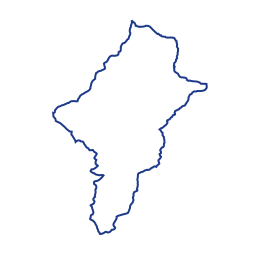 Lingzhi, Thimphu, Bhutan (orthographic projection), rotated 4°
{"feature_id": "84629894B27287561268619", "entity_name": "Lingzhi", "entity_type": "district", "adm_level": 2, "iso_a3": "BTN", "parent_name": "Bhutan", "parent_adm1": "Thimphu", "projection": "orthographic", "projection_center": [89.464, 27.839], "detail": "fine", "context": "isolated", "style": "outline", "palette": "blue", "viewbox_px": 256, "rotation_deg": 4, "n_neighbors": 0, "source": "geoboundaries", "source_scale": "gbopen_adm2", "svg_char_len": 5805}
<svg xmlns="http://www.w3.org/2000/svg" viewBox="0 0 256 256"><g transform="rotate(4 128 128)"><path d="M172.5,45.5L171.1,43.4L171.1,40.7L170.4,39.3L170.5,38.1L169.9,37.8L169.4,37.0L169.0,36.8L168.7,36.4L168.1,35.2L167.2,34.8L166.6,34.9L165.8,34.7L164.5,34.7L163.3,34.9L160.5,35.1L159.5,34.9L159.0,34.5L158.7,34.4L156.6,34.4L154.8,34.0L154.6,33.7L154.4,33.2L153.3,33.2L151.7,31.9L151.0,32.2L149.8,31.4L146.6,28.8L142.8,25.4L140.9,24.7L138.5,24.8L138.2,25.1L136.2,25.8L132.2,26.3L131.7,26.3L131.4,26.1L128.5,25.5L128.5,24.8L127.2,22.7L125.7,21.8L124.0,20.4L124.3,21.1L124.6,22.9L123.8,25.3L123.8,26.9L123.6,27.6L123.2,28.2L122.9,30.6L123.1,32.0L123.6,32.8L123.7,33.8L123.5,35.0L122.9,36.1L122.7,37.3L122.2,39.0L121.1,39.9L119.9,41.9L118.4,43.5L117.1,43.8L116.5,44.4L116.1,45.1L115.2,47.4L115.3,49.7L115.4,50.6L115.0,52.1L113.8,52.5L113.3,53.1L113.4,54.7L113.1,55.5L112.0,56.4L110.7,56.6L109.4,57.0L107.1,56.9L106.2,57.2L105.0,58.0L103.9,59.6L103.8,60.2L103.1,61.4L103.1,62.0L101.6,63.9L100.5,64.3L99.9,64.8L99.5,65.4L99.6,65.8L100.3,68.0L101.0,69.7L100.5,70.8L98.2,72.0L97.4,72.6L94.5,73.6L93.8,74.2L92.9,75.3L92.3,75.5L91.9,77.6L91.8,79.0L91.7,79.9L91.8,81.2L89.5,83.4L88.3,86.0L88.1,87.9L87.7,90.1L87.7,91.2L86.8,92.8L85.7,93.8L83.7,95.1L82.8,95.6L82.1,96.2L80.8,97.1L79.6,97.8L78.1,99.2L77.1,101.4L76.3,102.5L76.0,103.5L75.8,104.8L74.6,105.0L72.0,104.9L69.5,105.3L68.5,105.8L67.2,107.1L66.0,107.3L64.0,108.5L63.2,108.8L62.4,109.4L60.4,110.0L59.4,110.7L58.2,111.3L57.0,111.6L55.3,113.4L54.8,114.4L54.0,115.3L53.8,117.5L52.7,118.3L52.3,118.2L52.6,120.0L52.8,121.7L53.1,122.1L54.8,123.7L55.5,126.0L56.6,126.6L58.0,127.0L60.3,128.0L64.5,131.2L67.1,133.5L67.9,134.0L69.6,135.3L70.8,135.6L72.1,135.6L72.1,136.7L71.9,137.8L72.0,138.4L72.4,139.0L73.0,139.5L76.3,144.2L76.7,145.6L77.8,144.5L78.6,144.1L79.8,143.8L80.7,143.9L81.2,144.1L81.7,144.6L83.6,144.7L84.3,145.0L85.4,147.0L85.9,147.6L86.7,148.4L87.3,149.5L88.2,150.3L90.1,151.2L90.2,151.7L90.9,152.6L91.4,152.8L92.4,152.8L94.0,152.4L94.7,152.5L95.5,153.7L96.1,154.2L97.6,154.9L98.6,155.8L98.5,156.4L98.1,157.2L96.5,160.0L96.6,160.4L97.2,161.2L98.6,162.0L98.0,164.0L98.3,166.1L98.5,166.4L99.6,167.0L100.5,167.7L100.5,167.9L98.1,170.3L96.9,171.1L95.6,171.7L94.4,171.9L93.7,173.5L93.7,173.8L95.7,175.1L96.9,175.5L97.6,175.5L97.9,175.9L99.1,176.6L102.4,177.1L105.1,176.8L106.5,176.7L106.9,177.0L105.2,179.4L103.2,181.5L101.2,182.8L99.5,183.2L98.6,183.6L97.9,184.1L97.9,185.3L98.1,186.3L98.4,186.5L99.2,186.8L100.1,187.6L100.5,188.8L100.5,189.6L100.5,190.3L100.2,191.0L99.8,191.5L99.8,192.1L100.2,194.4L99.6,198.1L100.0,198.7L100.0,198.9L98.9,200.1L98.3,201.4L98.5,202.1L99.6,203.3L99.7,203.6L99.5,204.8L99.1,205.7L97.5,206.8L97.2,207.2L96.7,207.3L96.1,207.7L96.3,208.1L97.1,208.6L97.6,209.7L98.1,211.2L99.0,213.3L99.4,214.6L99.3,215.4L98.7,216.7L97.4,217.4L97.1,217.8L96.8,220.6L96.5,221.1L96.5,221.4L97.0,221.8L99.1,222.8L99.7,222.9L102.0,225.3L102.2,226.0L103.7,228.2L104.0,229.2L104.0,229.6L105.1,231.6L105.6,233.3L106.9,234.3L107.3,235.6L108.5,235.6L109.6,235.2L111.7,234.1L112.8,233.1L113.8,233.2L114.4,233.4L115.6,233.6L116.1,233.4L117.3,232.8L118.1,231.9L118.9,230.7L119.7,230.6L121.2,230.0L121.8,229.3L122.1,228.5L121.9,227.9L121.5,227.7L120.3,226.1L120.2,225.0L120.6,223.8L122.1,220.9L123.0,218.8L122.8,217.3L123.8,216.5L128.5,214.7L132.3,213.5L134.0,212.6L135.1,209.2L135.5,207.8L135.6,205.4L136.7,203.4L137.7,202.3L138.5,199.5L138.4,199.0L138.2,198.6L137.7,197.2L137.9,196.4L138.2,196.0L138.2,195.6L138.1,193.1L138.3,192.5L138.5,191.7L139.7,190.9L141.2,190.2L141.7,189.7L141.7,189.4L141.1,188.4L141.1,188.2L141.6,186.8L141.5,186.0L141.7,185.3L141.8,183.9L141.5,182.9L141.6,181.6L141.4,180.3L141.0,179.2L140.9,178.3L141.2,176.9L141.2,173.3L141.6,172.6L143.1,171.8L143.9,171.2L146.0,170.5L147.9,169.1L150.1,168.3L150.8,168.5L152.6,167.9L153.3,167.0L154.6,166.0L155.4,165.7L156.0,165.0L156.5,164.7L157.4,164.4L158.9,164.8L159.6,163.4L160.0,163.2L161.7,161.4L161.2,160.0L160.6,158.6L160.6,158.0L161.2,157.4L162.0,156.3L162.9,154.8L162.9,154.2L162.4,153.7L161.8,153.3L161.3,151.8L161.5,151.6L162.6,150.8L162.6,149.5L161.8,148.4L161.7,147.6L163.1,145.1L164.4,144.6L164.7,144.3L164.9,143.8L165.0,143.3L165.0,140.9L165.4,140.4L165.4,139.9L165.2,138.2L164.8,136.3L164.5,135.8L164.5,134.6L164.2,134.1L163.5,133.5L162.9,132.7L163.0,131.8L162.8,130.3L162.0,129.9L160.6,128.0L159.6,127.2L160.9,126.0L162.2,125.5L164.1,123.7L164.7,123.0L165.2,122.8L166.4,121.3L166.9,120.2L167.0,119.2L166.4,118.7L166.5,117.9L166.8,117.5L168.9,116.4L169.5,115.7L169.9,114.8L170.2,114.5L171.2,113.9L171.8,112.3L172.2,112.0L173.4,111.7L174.0,111.1L174.0,110.7L173.4,109.8L173.4,109.6L173.8,108.3L173.9,107.8L174.1,107.5L174.8,107.3L175.5,106.9L176.7,106.0L177.4,106.0L177.8,105.7L177.9,105.3L178.5,104.5L179.3,104.0L180.0,103.4L180.6,102.6L181.1,102.3L183.1,101.6L183.6,101.0L183.7,100.2L184.2,99.7L184.5,98.9L184.6,98.6L184.9,98.4L186.1,96.1L186.4,94.7L186.2,93.4L186.7,92.1L187.0,91.5L187.4,90.4L187.8,90.1L188.6,89.9L189.0,89.6L189.7,88.3L190.5,87.5L191.2,87.0L192.1,86.8L193.2,86.9L193.8,86.7L194.8,86.2L196.7,86.2L199.8,85.7L200.6,85.4L202.4,84.5L202.7,83.8L203.2,83.3L203.7,82.4L203.7,81.6L203.5,80.9L203.5,80.1L203.2,79.4L203.2,78.6L202.3,78.5L200.1,78.7L199.3,78.6L197.8,78.8L196.7,78.0L196.3,77.6L193.8,76.9L188.7,76.8L186.3,76.4L185.4,76.5L184.9,76.7L183.5,76.0L183.0,74.8L182.4,74.1L180.4,73.7L179.0,73.8L177.5,73.7L176.8,73.4L176.2,73.3L174.9,71.9L174.5,70.9L173.9,70.2L173.2,70.0L170.9,68.6L170.5,68.2L170.1,67.2L170.1,66.0L169.6,65.0L170.2,64.2L170.3,63.5L169.9,63.2L169.6,63.2L169.4,63.0L169.4,62.8L169.6,62.1L169.5,60.2L169.7,59.9L170.4,59.2L170.9,58.2L171.2,57.6L171.1,56.6L171.2,56.3L172.1,55.0L172.1,54.6L171.8,53.9L171.7,53.1L171.8,52.7L172.1,52.2L172.4,51.4L172.2,49.3L172.6,48.0L172.4,46.4L172.5,45.5Z" fill="none" stroke="#1e3a8a" stroke-width="2"/></g></svg>